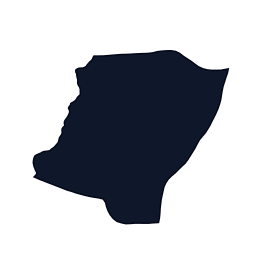 As Sa'id, Shabwah, Yemen (Mercator projection), rotated 111°
{"feature_id": "15242507B10835252837826", "entity_name": "As Sa'id", "entity_type": "district", "adm_level": 2, "iso_a3": "YEM", "parent_name": "Yemen", "parent_adm1": "Shabwah", "projection": "mercator", "projection_center": [46.874, 14.278], "detail": "fine", "context": "isolated", "style": "filled", "palette": "ink", "viewbox_px": 256, "rotation_deg": 111, "n_neighbors": 0, "source": "geoboundaries", "source_scale": "gbopen_adm2", "svg_char_len": 2280}
<svg xmlns="http://www.w3.org/2000/svg" viewBox="0 0 256 256"><g transform="rotate(111 128 128)"><path d="M207.3,198.1L207.5,194.1L207.6,191.1L207.7,162.4L207.3,157.8L207.2,153.4L206.7,148.4L206.2,143.9L205.6,139.4L204.7,134.8L203.7,130.4L203.1,125.7L205.6,122.2L209.2,119.7L212.5,116.8L215.5,113.2L217.8,109.2L219.1,104.8L218.8,100.1L218.1,95.8L216.4,91.8L214.4,87.6L212.7,83.3L211.1,78.8L209.5,74.7L207.5,70.6L205.7,66.6L205.2,65.8L205.2,65.7L204.4,65.8L200.2,66.6L195.9,67.8L191.6,69.2L187.3,70.3L183.0,71.4L178.8,72.1L174.2,72.8L169.9,73.4L165.6,73.1L161.2,72.1L157.2,70.3L152.9,67.9L148.8,66.1L144.6,64.2L140.4,62.1L136.1,60.9L131.5,60.0L127.0,59.1L122.6,58.3L117.9,57.8L113.3,57.1L109.1,55.7L104.9,54.2L100.5,53.3L96.0,52.5L91.4,52.1L87.0,51.6L82.4,51.2L77.6,51.0L72.6,51.2L67.9,51.7L63.5,52.7L59.0,53.6L54.7,54.3L50.0,54.5L45.7,54.8L41.3,54.9L36.9,55.6L38.5,58.2L40.9,62.1L42.5,66.2L44.2,70.6L45.4,74.9L45.9,79.3L45.6,84.3L44.4,88.7L43.1,93.3L42.2,97.6L41.2,102.2L39.9,106.5L39.5,111.0L40.5,115.7L42.3,120.0L44.3,124.3L46.4,128.2L49.0,131.8L51.2,136.0L52.6,139.2L52.9,140.0L54.7,144.2L56.5,148.3L58.4,152.4L60.2,156.6L62.0,161.0L63.9,165.0L65.8,168.9L67.7,172.8L69.6,176.8L71.2,180.8L72.9,185.1L73.1,185.6L74.6,185.8L76.4,185.8L78.3,186.3L80.0,187.4L81.7,187.9L83.4,188.6L85.4,189.0L86.9,190.1L88.2,191.6L89.0,193.4L89.7,195.1L91.1,196.6L92.6,197.5L94.5,196.7L95.8,195.2L97.5,194.5L99.4,193.3L101.1,192.0L103.0,191.5L104.7,190.7L106.0,189.4L107.1,187.9L108.6,186.6L110.4,185.9L112.2,185.1L114.0,184.5L115.6,185.3L117.4,186.1L119.2,186.4L121.0,186.8L122.7,187.8L124.1,189.0L125.6,190.2L127.4,189.9L129.3,190.7L131.1,190.5L132.4,189.0L134.1,188.1L135.9,188.1L137.9,188.2L139.7,188.5L141.6,189.0L143.5,189.5L145.4,189.5L147.1,188.7L148.8,187.8L150.5,188.8L152.4,189.2L154.2,188.6L155.9,187.7L157.8,187.6L159.6,188.0L161.4,188.4L163.3,188.3L165.1,187.9L167.0,188.0L168.9,188.7L170.6,189.3L172.4,190.0L174.0,191.1L175.5,192.0L177.3,192.9L178.3,194.6L179.3,196.4L180.1,198.1L181.4,199.4L182.9,200.6L184.4,202.2L185.7,203.5L187.1,204.7L188.9,205.0L190.8,204.9L192.6,204.5L194.5,203.9L196.2,202.8L197.8,201.7L199.1,200.4L200.6,199.2L200.8,198.9L201.8,197.7L202.7,197.1L203.4,196.7L205.1,197.2L206.9,197.9L207.3,198.1Z" fill="#0f172a" stroke="#020617" stroke-width="1.5"/></g></svg>